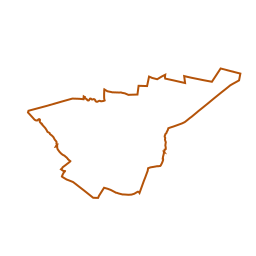 Tlahuelilpan, Hidalgo, Mexico, rotated 190°
{"feature_id": "50627088B50074216584912", "entity_name": "Tlahuelilpan", "entity_type": "district", "adm_level": 2, "iso_a3": "MEX", "parent_name": "Mexico", "parent_adm1": "Hidalgo", "projection": "equal_earth", "projection_center": [-99.217, 20.13], "detail": "fine", "context": "isolated", "style": "outline", "palette": "amber", "viewbox_px": 256, "rotation_deg": 190, "n_neighbors": 0, "source": "geoboundaries", "source_scale": "gbopen_adm2", "svg_char_len": 3896}
<svg xmlns="http://www.w3.org/2000/svg" viewBox="0 0 256 256"><g transform="rotate(190 128 128)"><path d="M145.3,54.0L144.8,56.2L141.2,65.0L137.4,64.6L134.2,64.0L132.0,63.3L129.5,62.5L128.8,62.2L127.5,62.2L125.9,61.9L121.8,61.6L119.9,61.9L116.0,62.3L113.0,63.0L110.3,64.4L109.3,65.3L107.4,66.9L107.0,67.0L106.5,66.9L106.0,66.6L105.7,66.3L105.4,66.0L104.2,72.8L103.2,78.6L102.4,82.5L101.4,88.1L101.2,89.1L101.2,89.8L101.2,90.4L101.2,90.6L101.2,90.9L101.2,91.3L101.2,91.9L99.6,92.8L99.3,93.0L98.6,93.3L97.7,93.6L96.6,94.0L96.2,94.1L95.2,94.5L94.6,94.7L93.8,95.0L93.4,95.2L92.6,95.4L92.5,95.5L91.9,95.5L91.5,95.6L90.8,95.9L90.1,96.0L89.7,96.2L89.5,96.5L89.3,96.7L89.2,97.0L88.9,98.0L88.6,98.9L88.4,99.7L88.2,100.6L88.0,101.6L88.0,101.9L87.9,102.5L87.9,102.8L88.0,103.3L88.2,103.9L88.5,103.9L88.5,104.2L88.5,105.6L88.5,106.0L88.4,107.3L88.3,108.7L88.3,110.0L88.6,110.7L88.2,110.6L88.4,110.8L88.3,111.9L88.2,111.8L88.2,112.2L88.3,112.4L88.2,112.8L88.0,113.1L87.7,113.2L87.5,113.4L87.4,113.5L87.2,113.7L87.2,114.1L87.3,114.5L87.4,115.2L87.6,115.7L87.9,116.6L88.1,117.0L88.2,117.3L88.3,119.7L88.3,120.6L88.5,120.9L88.7,121.3L89.1,121.9L89.3,122.4L89.6,123.1L89.6,123.5L89.6,123.8L89.6,124.2L89.6,124.5L89.7,124.8L89.8,125.1L90.2,125.5L90.4,125.8L90.4,126.6L90.4,127.1L90.3,127.3L90.2,127.6L90.2,128.0L90.1,128.5L90.0,128.8L89.7,129.1L89.6,129.3L89.4,129.5L89.3,129.8L89.2,130.2L89.2,130.5L89.1,131.0L89.0,131.3L88.7,132.2L88.5,132.7L88.3,134.2L88.2,134.5L88.2,134.8L85.9,136.1L83.6,137.3L79.4,139.7L75.6,141.9L73.9,143.1L73.0,143.8L71.3,145.7L68.7,148.7L67.5,149.9L65.2,152.6L62.5,155.8L61.7,156.8L59.4,159.4L57.2,161.9L52.1,167.8L48.8,171.7L44.8,176.3L42.1,179.4L39.5,182.3L36.5,185.7L34.8,187.7L32.8,189.4L28.7,192.7L26.9,194.2L26.8,201.1L37.2,201.9L47.1,202.7L53.4,188.1L62.2,188.2L65.7,188.3L70.1,188.4L74.1,188.5L78.6,188.7L81.7,188.9L79.6,182.2L91.5,182.8L99.4,183.1L99.9,183.1L100.5,184.5L100.6,186.9L103.8,184.5L107.7,181.1L113.0,181.5L113.6,181.7L116.2,182.3L116.5,172.6L124.9,171.4L124.5,162.6L131.2,161.2L133.3,160.7L137.2,161.6L139.9,161.6L141.0,161.8L142.8,161.4L149.8,160.4L150.7,160.5L154.7,160.6L158.0,161.9L158.0,161.2L157.9,160.6L157.6,158.8L157.6,158.4L157.1,155.5L156.7,153.4L156.4,152.4L155.8,151.1L156.0,151.0L156.2,150.8L156.3,150.7L156.6,150.5L157.3,150.2L158.9,149.7L159.2,149.6L159.7,149.7L160.1,149.8L160.6,149.9L161.0,149.8L161.3,149.6L162.7,148.6L163.1,148.4L163.5,148.5L164.0,148.5L164.4,148.7L164.8,149.2L165.0,149.3L165.1,149.7L165.3,149.9L165.6,150.2L166.1,150.4L166.4,150.5L166.8,150.5L167.1,150.4L167.5,150.1L168.3,149.8L168.8,149.9L169.5,150.4L169.9,150.5L170.4,150.4L170.6,150.2L170.9,149.4L171.3,148.5L171.5,148.3L172.3,148.2L172.6,148.2L172.9,148.4L173.2,148.9L173.6,149.0L174.0,149.3L174.5,149.6L175.7,149.6L175.8,151.0L176.4,151.1L177.1,151.4L176.9,148.6L181.0,148.3L187.9,147.3L198.3,142.3L212.4,135.4L229.0,127.7L229.2,126.1L229.2,125.9L228.5,125.4L223.3,121.4L221.8,120.2L221.3,119.9L220.1,119.5L219.5,119.5L218.6,119.7L218.0,120.5L217.5,121.1L216.9,121.3L216.4,121.1L216.2,120.9L216.1,120.5L216.1,120.0L216.2,119.6L216.1,119.1L215.9,118.7L215.0,117.9L214.4,117.6L213.8,117.3L213.7,117.3L213.3,116.9L213.5,116.7L212.5,115.9L212.4,115.8L210.9,114.7L209.4,113.5L207.9,111.9L206.6,110.2L204.7,109.6L204.4,109.5L203.8,108.5L203.1,108.1L201.4,107.2L199.8,106.0L198.2,103.9L196.3,102.3L195.9,101.7L195.8,101.0L195.8,100.3L195.2,99.6L194.8,99.6L195.2,98.7L195.5,98.4L195.9,97.2L194.6,97.8L194.3,96.3L193.5,94.7L192.8,94.1L191.5,92.8L189.5,91.3L187.7,90.3L185.7,89.7L184.5,88.9L183.3,88.3L181.5,86.8L181.5,86.7L179.0,85.3L179.1,85.0L179.4,84.7L180.1,83.9L180.2,83.7L182.0,81.8L182.4,81.3L185.5,78.0L185.9,76.9L186.8,75.7L184.5,74.6L182.6,74.6L182.6,74.3L183.2,73.6L183.6,72.7L184.2,71.0L184.7,68.8L184.4,68.5L181.3,67.3L179.5,66.6L177.8,66.3L174.3,65.6L172.6,65.2L160.4,58.8L150.3,53.3L149.6,53.3L145.3,54.0Z" fill="none" stroke="#b45309" stroke-width="2"/></g></svg>